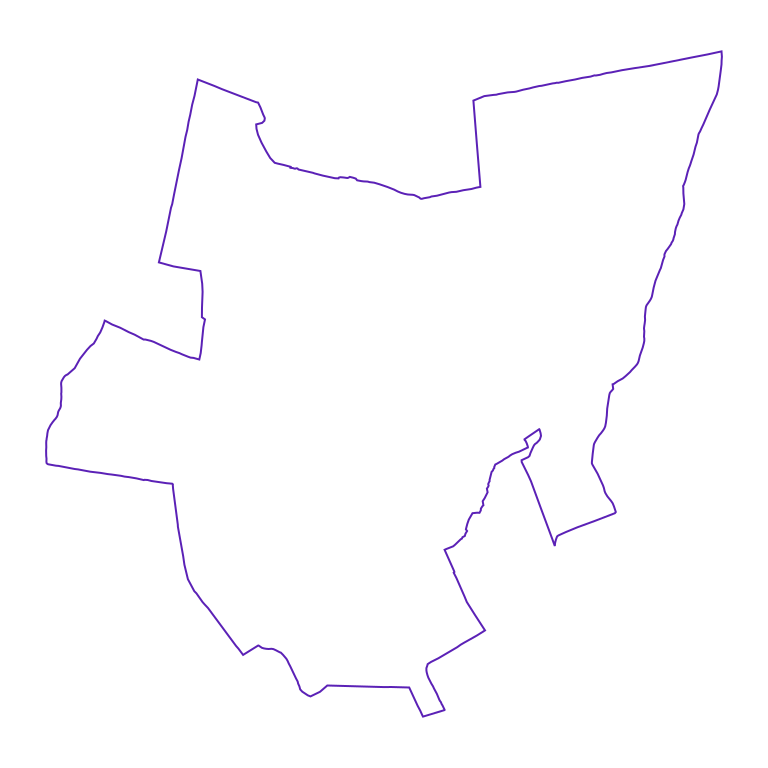 Pogonesti, Vaslui, Romania (orthographic projection)
{"feature_id": "2599482B54891306865908", "entity_name": "Pogonesti", "entity_type": "district", "adm_level": 2, "iso_a3": "ROU", "parent_name": "Romania", "parent_adm1": "Vaslui", "projection": "orthographic", "projection_center": [27.531, 46.153], "detail": "fine", "context": "isolated", "style": "outline", "palette": "violet", "viewbox_px": 768, "rotation_deg": 0, "n_neighbors": 0, "source": "geoboundaries", "source_scale": "gbopen_adm2", "svg_char_len": 6031}
<svg xmlns="http://www.w3.org/2000/svg" viewBox="0 0 768 768"><path d="M243.1,654.9L258.2,645.5L258.7,645.6L261.9,647.8L263.9,648.4L266.2,648.8L268.5,649.0L271.5,648.8L273.4,649.1L275.8,650.2L279.8,652.3L280.8,652.6L283.0,654.8L285.3,657.5L286.4,658.8L287.6,660.9L288.8,663.6L290.2,666.2L295.9,678.2L297.7,681.6L298.1,683.5L299.4,686.4L300.2,689.4L302.3,691.7L307.9,695.4L310.5,696.4L320.0,691.8L327.3,685.5L384.7,687.1L391.0,687.0L409.2,687.5L417.6,705.7L420.3,710.8L422.4,715.5L423.0,716.6L444.5,710.1L444.6,709.8L442.4,705.2L441.8,704.4L440.8,702.0L439.8,700.7L439.1,699.2L436.9,693.9L434.0,688.5L433.0,686.3L431.4,683.7L428.3,677.6L427.4,675.0L426.7,672.3L426.4,670.4L426.4,668.1L427.2,665.9L427.7,664.1L431.1,661.9L438.3,658.3L457.2,647.2L460.7,644.7L464.1,642.7L476.9,635.5L485.0,630.4L475.0,615.0L466.8,602.0L464.7,596.9L456.5,578.2L453.7,572.7L454.4,572.0L454.2,571.3L444.6,549.8L446.1,549.1L453.2,546.3L455.1,544.7L460.8,539.2L461.9,538.6L462.5,537.2L464.8,536.0L465.5,533.6L467.1,531.0L465.9,529.3L467.3,523.9L468.8,519.6L472.5,513.2L477.1,512.7L479.5,512.8L480.8,510.4L480.9,508.6L482.5,506.1L483.4,505.3L482.7,501.2L484.7,498.1L487.6,492.3L486.9,488.6L488.2,486.7L488.6,485.5L488.2,484.1L489.0,482.2L489.6,481.3L489.6,479.8L491.6,471.9L492.9,470.5L493.5,468.9L494.3,468.0L494.2,467.1L495.3,464.5L496.6,463.9L502.3,460.6L504.1,459.2L508.5,456.8L510.1,455.5L512.2,454.2L515.8,452.7L519.0,451.7L526.7,448.0L527.9,447.5L527.8,446.5L526.8,443.5L525.7,441.1L524.6,439.9L524.5,439.3L528.2,436.7L537.0,430.7L539.2,429.2L539.5,429.5L540.6,433.2L541.0,435.9L539.8,439.5L538.7,440.8L536.7,442.9L535.1,444.0L534.0,445.3L533.0,447.3L530.5,452.9L529.5,455.9L528.1,457.2L521.6,460.2L521.7,462.0L528.1,474.9L531.0,481.3L540.3,506.7L552.1,538.5L554.8,546.0L555.1,542.9L555.9,539.7L556.9,536.9L557.4,536.1L558.7,535.3L566.0,532.0L577.4,527.3L594.9,520.9L614.9,513.2L615.8,512.0L614.0,506.5L612.7,503.3L611.2,501.1L607.4,496.4L605.5,493.3L604.7,491.4L603.9,488.0L603.0,485.4L597.6,473.7L592.4,464.6L591.9,463.4L591.9,462.0L592.7,453.8L593.8,445.1L594.1,443.9L594.9,442.2L597.6,437.6L599.2,435.2L601.0,433.2L603.1,430.4L604.3,428.5L605.2,426.4L605.9,422.9L606.8,415.7L607.2,408.6L609.3,395.0L609.8,393.1L610.6,391.9L612.3,390.1L613.2,388.9L612.6,384.3L613.8,383.9L617.7,381.2L622.7,378.5L625.5,376.2L630.0,372.1L631.7,370.1L634.9,366.8L637.0,364.4L637.9,362.9L638.6,361.1L639.9,355.5L642.7,347.6L643.8,343.4L644.3,340.9L644.3,338.5L644.0,336.8L644.3,331.2L644.0,328.3L644.3,325.8L644.7,323.3L645.1,320.0L644.9,316.5L645.5,310.5L645.9,307.1L646.5,305.4L649.9,300.6L651.0,298.7L651.8,296.8L652.3,294.5L653.7,287.5L655.5,280.7L660.0,269.8L660.8,268.2L663.1,259.9L664.5,256.5L664.4,254.9L664.6,254.0L666.0,251.0L667.7,248.9L671.1,244.1L671.6,242.6L672.6,241.2L673.3,239.6L673.6,238.1L674.9,234.2L675.0,232.1L675.8,228.3L676.5,226.3L677.4,224.6L678.5,220.7L679.8,217.6L681.3,214.8L681.7,213.3L683.4,209.4L684.3,204.0L683.4,193.5L683.3,187.6L683.1,186.0L683.8,184.8L685.0,181.8L685.7,179.7L687.6,172.1L688.8,168.3L689.8,165.9L690.4,164.2L691.2,161.6L693.6,154.5L695.5,146.7L696.9,142.6L698.5,134.3L699.1,133.0L700.0,131.6L701.7,127.8L703.3,124.5L709.8,109.5L716.8,94.4L718.0,89.8L718.6,86.6L720.8,70.2L721.5,64.4L721.6,60.6L721.9,56.7L721.5,51.4L707.7,54.4L691.1,57.6L661.7,63.5L648.9,66.0L634.2,68.2L621.9,70.2L611.3,72.4L606.7,73.0L603.1,73.9L600.1,74.8L595.8,75.5L594.4,75.4L590.5,76.6L582.1,77.9L575.1,79.5L565.7,81.2L558.3,82.8L556.7,82.7L555.2,83.1L552.7,83.4L541.5,85.8L539.3,86.0L533.1,87.4L529.5,88.4L523.2,89.7L516.2,91.6L514.4,91.9L507.7,92.4L498.4,94.1L496.3,94.7L493.6,94.9L484.3,96.1L473.4,100.6L476.9,144.4L480.4,186.9L476.6,187.6L471.4,189.0L463.4,190.2L456.4,191.8L451.6,192.1L449.2,192.5L437.0,195.7L431.4,196.5L429.8,197.2L424.1,198.2L421.9,198.8L421.0,198.8L420.0,198.3L419.3,197.5L414.3,195.1L412.8,194.8L407.9,194.5L404.7,193.9L401.0,192.8L397.8,191.5L394.1,189.6L387.5,187.0L379.6,184.3L374.2,182.7L369.4,182.1L367.8,181.6L363.6,181.4L361.3,181.1L357.1,180.3L355.8,178.6L353.1,177.7L349.8,176.9L348.5,177.7L347.3,178.0L343.8,177.5L340.3,177.2L338.9,177.6L338.7,177.8L338.5,178.4L334.8,178.2L322.8,175.6L314.5,173.4L312.9,172.8L298.5,169.5L297.6,168.6L296.9,168.3L296.1,168.4L295.2,168.7L294.4,168.6L293.0,168.1L290.5,167.8L290.3,167.7L290.6,166.8L283.5,164.9L277.7,163.6L274.7,162.8L270.2,158.0L266.3,151.5L261.5,142.6L258.0,134.7L256.5,128.8L256.2,124.4L262.1,122.9L264.4,120.7L264.8,118.3L264.6,117.5L263.2,114.6L260.5,107.6L258.1,102.6L256.1,102.2L222.1,89.2L214.5,86.0L197.8,79.5L194.5,95.9L192.2,104.6L190.2,114.9L188.6,121.7L187.2,130.0L185.5,136.9L181.6,158.1L179.0,170.0L174.0,194.7L172.2,204.1L171.0,207.8L166.2,231.5L158.9,262.4L173.4,266.4L200.4,271.0L202.2,283.7L202.6,291.9L202.0,307.4L201.9,317.2L205.0,319.4L203.4,327.1L201.9,341.8L201.6,345.4L200.7,353.1L199.3,359.5L193.5,357.9L190.5,357.6L188.0,356.7L182.0,354.3L179.4,353.1L175.9,351.9L170.6,349.8L153.8,341.9L151.0,340.9L145.7,339.6L145.0,339.5L143.5,339.5L134.7,334.7L128.7,332.1L120.1,327.7L112.1,324.5L105.9,321.1L104.7,320.6L104.3,322.2L102.4,327.5L100.2,332.5L97.8,336.1L96.6,338.7L93.8,343.5L90.5,346.0L87.0,349.8L80.0,358.7L74.7,368.2L67.4,374.6L66.6,374.8L65.0,375.9L63.9,377.2L61.6,381.1L61.2,382.6L61.1,383.9L61.4,387.8L61.4,392.3L61.2,393.6L61.4,396.9L61.3,399.3L60.8,403.0L60.9,405.7L60.7,406.8L60.1,408.4L59.1,410.0L58.3,411.6L58.0,412.8L57.6,415.1L56.9,416.8L55.4,418.9L54.6,419.7L52.6,422.2L50.5,425.2L48.0,430.2L47.4,433.3L47.1,436.1L46.7,438.2L46.5,440.0L46.3,440.7L46.2,442.9L46.3,447.2L46.1,450.6L46.2,455.9L46.5,458.7L46.4,461.8L46.6,463.1L47.5,464.0L48.3,464.3L56.0,465.7L58.5,465.9L74.7,469.0L78.0,469.4L90.3,471.7L100.6,472.9L107.8,474.1L111.4,474.5L120.9,475.8L124.6,476.6L128.9,477.1L136.5,478.4L143.9,480.1L144.5,479.8L147.7,480.0L151.5,481.0L166.6,483.2L172.2,483.7L172.7,484.1L172.9,484.5L172.8,485.0L173.1,488.9L177.8,524.6L177.9,526.7L183.2,556.3L184.4,564.7L187.9,579.2L194.3,591.2L196.4,593.3L202.5,602.0L204.7,604.5L208.0,608.0L236.1,646.0L238.4,648.6L243.1,654.9Z" fill="none" stroke="#5b21b6" stroke-width="2"/></svg>